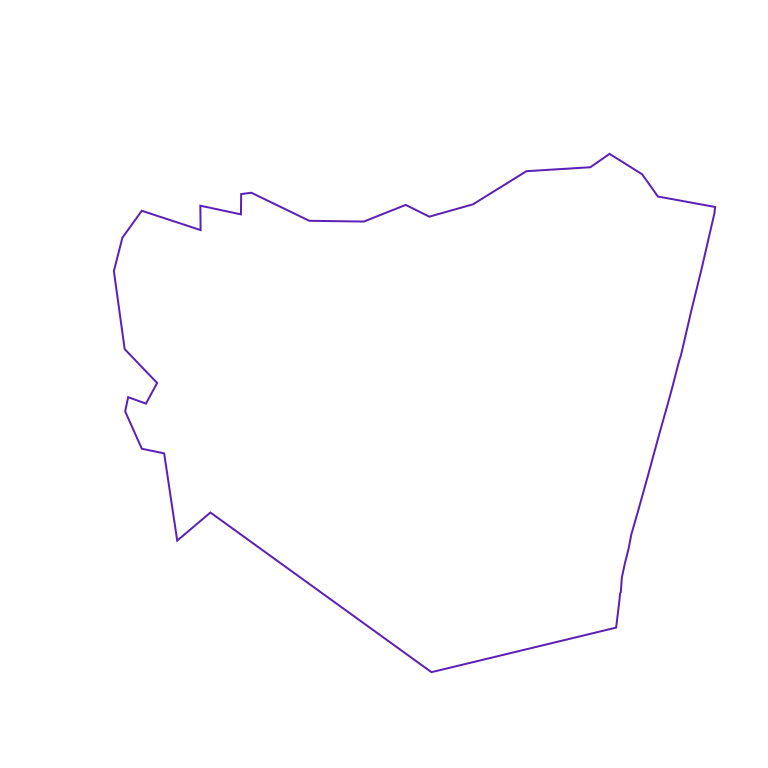 outline of Aweil East, Northern Bahr el Ghazal, South Sudan, rotated 102°
{"feature_id": "79223893B40976740779216", "entity_name": "Aweil East", "entity_type": "district", "adm_level": 2, "iso_a3": "SSD", "parent_name": "South Sudan", "parent_adm1": "Northern Bahr el Ghazal", "projection": "albers", "projection_center": [27.574, 9.179], "detail": "fine", "context": "isolated", "style": "outline", "palette": "violet", "viewbox_px": 768, "rotation_deg": 102, "n_neighbors": 0, "source": "geoboundaries", "source_scale": "gbopen_adm2", "svg_char_len": 773}
<svg xmlns="http://www.w3.org/2000/svg" viewBox="0 0 768 768"><g transform="rotate(102 384 384)"><path d="M580.2,553.7L545.8,527.1L595.3,415.1L656.0,277.7L574.0,106.3L549.2,108.5L539.7,109.5L538.4,109.1L524.0,111.1L510.1,111.1L493.8,110.5L479.7,110.8L454.3,109.0L419.3,106.8L376.5,104.4L344.8,102.3L327.3,101.3L299.6,100.1L294.7,99.5L246.8,98.6L206.1,97.3L148.4,96.3L142.0,96.9L143.7,155.0L125.2,175.1L112.0,211.2L129.1,227.3L146.2,288.9L189.8,334.4L210.9,374.5L204.3,400.0L229.3,437.5L239.9,491.0L224.5,553.5L227.9,563.2L247.8,559.2L247.8,600.7L271.6,595.4L265.1,655.2L264.9,656.9L275.7,661.7L295.3,670.3L329.7,671.7L403.8,644.9L430.2,606.1L452.7,612.8L450.1,631.5L464.6,631.5L497.7,607.4L497.6,584.6L580.2,553.7Z" fill="none" stroke="#5b21b6" stroke-width="2"/></g></svg>